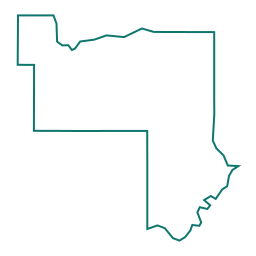 the district of Muskogee, Oklahoma, United States of America
{"feature_id": "52423323B58329438653924", "entity_name": "Muskogee", "entity_type": "district", "adm_level": 2, "iso_a3": "USA", "parent_name": "United States of America", "parent_adm1": "Oklahoma", "projection": "orthographic", "projection_center": [-95.338, 35.56], "detail": "fine", "context": "isolated", "style": "outline", "palette": "teal", "viewbox_px": 256, "rotation_deg": 0, "n_neighbors": 0, "source": "geoboundaries", "source_scale": "gbopen_adm2", "svg_char_len": 782}
<svg xmlns="http://www.w3.org/2000/svg" viewBox="0 0 256 256"><path d="M33.9,130.8L49.6,130.9L61.1,130.9L77.6,131.0L144.5,130.9L147.2,131.0L147.3,162.8L147.3,229.0L157.5,225.4L164.8,228.2L172.9,238.1L179.5,240.6L185.1,237.1L190.4,230.4L192.3,225.0L199.3,225.8L201.2,222.5L197.4,212.4L199.8,207.2L207.3,209.0L210.2,205.3L204.1,200.1L210.8,196.0L215.7,198.9L222.3,189.3L227.2,186.2L229.0,175.9L232.5,169.9L238.3,166.1L227.8,165.5L223.6,155.5L216.4,148.4L212.8,140.6L214.3,114.3L214.2,98.0L214.2,38.5L214.2,37.5L214.2,32.1L171.6,32.0L165.0,32.0L153.7,31.9L141.9,28.5L124.1,37.1L106.5,35.4L94.1,39.7L82.4,41.2L80.2,41.5L75.1,48.4L71.9,50.0L68.3,45.2L62.3,45.4L57.1,41.6L56.5,23.6L53.5,15.4L18.0,15.4L17.7,64.8L34.1,64.9L33.9,130.8Z" fill="none" stroke="#0f766e" stroke-width="2"/></svg>